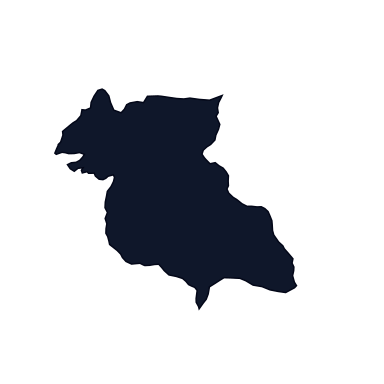 Klavdia, Larnaca, Cyprus (Natural Earth projection), rotated 217°
{"feature_id": "46923920B5144996201228", "entity_name": "Klavdia", "entity_type": "district", "adm_level": 2, "iso_a3": "CYP", "parent_name": "Cyprus", "parent_adm1": "Larnaca", "projection": "natural_earth1", "projection_center": [33.518, 34.889], "detail": "fine", "context": "isolated", "style": "filled", "palette": "ink", "viewbox_px": 384, "rotation_deg": 217, "n_neighbors": 0, "source": "geoboundaries", "source_scale": "gbopen_adm2", "svg_char_len": 2273}
<svg xmlns="http://www.w3.org/2000/svg" viewBox="0 0 384 384"><g transform="rotate(217 192 192)"><path d="M116.0,103.0L116.2,109.8L116.1,114.9L117.7,120.3L121.0,126.7L118.7,132.7L116.8,137.9L114.9,142.8L109.3,146.8L101.8,151.9L95.6,153.5L87.2,154.4L79.1,158.6L70.8,160.8L63.4,164.4L56.7,168.1L52.5,177.2L52.2,180.1L56.0,181.6L61.3,185.7L63.4,190.3L65.5,193.4L69.3,195.4L71.2,199.4L77.8,200.9L84.1,202.2L87.1,203.7L92.7,204.2L100.9,206.9L104.5,209.7L107.8,213.6L110.9,217.1L115.0,219.6L119.4,222.1L123.9,222.6L127.8,221.9L131.1,219.2L135.9,216.4L139.4,213.7L144.9,212.7L151.3,212.9L156.1,212.5L162.0,213.2L165.9,215.4L166.7,218.9L169.7,222.5L172.7,226.9L176.8,228.6L181.5,229.8L186.2,229.2L191.1,229.4L194.6,225.4L200.5,226.3L202.8,226.8L206.8,228.2L208.2,232.2L207.3,237.0L205.7,241.2L205.0,247.3L207.2,251.8L208.6,258.0L210.5,262.7L218.4,267.0L218.8,271.1L222.3,274.5L224.6,279.5L225.4,284.3L226.0,287.2L233.2,275.9L239.3,272.0L241.8,270.4L250.2,265.7L254.5,261.4L260.4,257.5L266.2,254.3L274.1,250.0L277.0,248.2L285.2,241.6L284.5,234.2L290.1,231.2L295.1,225.8L296.7,222.4L295.8,217.4L296.3,212.6L303.7,210.3L310.9,214.4L316.3,218.7L322.7,220.5L325.7,220.1L328.3,216.5L327.9,209.7L326.5,202.9L323.6,198.1L326.4,193.3L329.4,191.5L329.2,191.2L326.7,186.1L327.1,179.5L328.6,175.7L329.5,172.2L331.8,162.5L329.3,159.8L326.9,152.7L327.4,149.5L327.1,149.4L326.2,145.4L324.9,140.5L323.1,140.4L319.7,145.5L316.9,147.1L313.5,148.5L309.3,151.8L305.6,155.8L300.6,157.3L300.3,154.1L300.7,149.7L302.4,146.0L306.0,142.7L307.9,138.9L303.2,137.3L298.5,137.7L297.3,142.3L293.6,145.9L293.4,142.8L291.1,141.2L288.0,145.1L285.9,144.7L281.4,148.2L278.8,146.6L273.9,146.3L270.5,148.3L269.1,151.0L268.5,154.1L265.1,158.4L262.7,157.0L261.0,153.2L260.5,150.8L259.9,147.5L260.0,141.6L257.8,137.3L255.2,131.8L252.0,127.1L247.2,124.8L245.4,118.6L240.9,115.4L238.6,111.0L235.9,107.2L232.5,105.7L228.7,102.7L226.2,100.5L216.8,100.3L211.5,99.5L208.1,97.8L202.9,96.8L196.9,98.1L194.3,100.5L190.6,103.8L186.8,104.5L185.4,104.9L181.7,108.0L178.3,111.6L175.1,114.3L170.8,113.5L166.9,112.5L160.5,111.9L153.8,115.1L147.5,117.3L143.1,117.0L139.0,116.0L135.9,116.6L132.4,117.5L128.6,116.5L127.9,115.2L124.6,109.4L122.3,106.5L117.7,104.4L116.0,103.0Z" fill="#0f172a" stroke="#020617" stroke-width="1.5"/></g></svg>